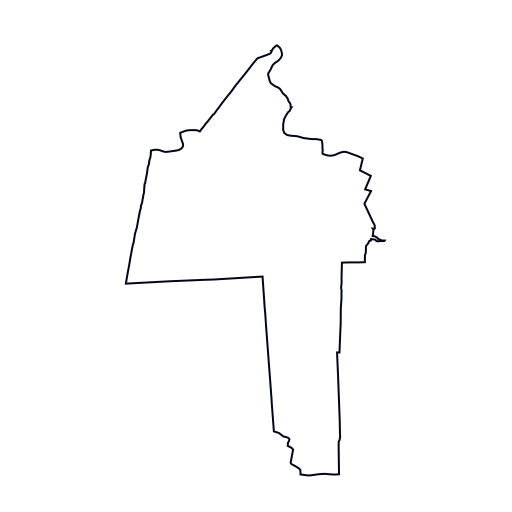 Gostinari, Giurgiu, Romania (Equal Earth projection), rotated 7°
{"feature_id": "2599482B31604747226035", "entity_name": "Gostinari", "entity_type": "district", "adm_level": 2, "iso_a3": "ROU", "parent_name": "Romania", "parent_adm1": "Giurgiu", "projection": "equal_earth", "projection_center": [26.227, 44.159], "detail": "fine", "context": "isolated", "style": "outline", "palette": "ink", "viewbox_px": 512, "rotation_deg": 7, "n_neighbors": 0, "source": "geoboundaries", "source_scale": "gbopen_adm2", "svg_char_len": 5988}
<svg xmlns="http://www.w3.org/2000/svg" viewBox="0 0 512 512"><g transform="rotate(7 256 256)"><path d="M361.3,428.8L361.6,425.6L360.8,420.8L359.2,409.4L351.9,364.0L348.2,341.9L350.6,341.6L348.9,320.8L348.3,313.0L346.5,297.2L346.1,288.6L345.1,279.8L344.3,277.0L344.3,274.5L344.2,271.5L343.6,267.7L342.1,252.1L349.8,250.9L358.9,249.8L364.8,248.9L364.0,241.8L364.1,241.5L364.4,240.7L364.5,239.3L364.4,236.9L364.0,233.5L364.0,233.0L364.1,232.4L364.7,231.6L365.5,230.3L365.9,229.5L366.0,229.1L366.3,227.9L366.7,227.3L367.0,227.1L367.3,226.9L368.0,226.8L368.2,225.1L372.2,225.3L372.7,225.4L373.0,225.7L373.2,226.0L373.4,226.2L374.3,226.6L374.6,226.6L375.0,226.6L375.4,226.5L377.0,226.2L377.5,226.0L378.0,225.8L379.9,225.8L380.4,225.6L381.6,225.4L381.8,225.0L380.9,225.1L380.1,225.2L379.3,225.2L379.1,225.3L377.2,224.7L376.5,224.5L375.8,224.4L375.4,224.2L374.9,223.9L374.4,223.3L373.9,223.0L372.5,222.4L372.1,222.2L371.5,222.0L370.7,222.0L369.4,222.0L369.5,219.5L369.4,216.4L369.4,215.7L368.5,214.6L370.0,214.6L370.5,214.3L370.6,214.0L370.4,213.2L370.2,211.9L370.0,211.0L369.6,210.3L369.0,209.5L367.8,207.9L357.2,190.9L362.3,177.5L356.2,176.6L360.2,162.5L348.7,158.3L350.1,146.2L346.2,144.9L344.9,144.5L334.6,142.1L333.4,141.9L332.5,141.8L331.6,141.8L330.8,141.9L329.6,142.1L328.5,142.5L326.5,143.4L325.1,144.2L322.7,145.7L321.4,146.3L320.1,146.8L318.2,147.3L316.3,147.5L315.5,147.5L314.1,147.4L312.7,147.1L312.1,147.0L311.0,146.8L310.2,146.7L309.9,146.5L309.8,146.4L309.6,146.2L309.5,145.9L309.4,145.3L309.3,144.6L309.3,143.0L309.2,142.1L308.9,141.4L308.8,140.5L308.6,139.2L308.4,137.7L307.9,135.4L307.3,133.6L307.1,133.3L306.5,132.9L306.3,132.8L306.0,132.9L302.0,132.6L299.8,132.8L299.0,133.0L298.1,133.1L293.2,133.2L291.3,133.1L289.9,133.2L289.4,133.1L287.1,132.9L286.0,132.6L283.6,132.3L281.7,132.1L275.3,132.4L273.7,132.2L272.4,132.2L272.1,132.1L271.7,131.9L271.0,131.5L269.1,130.5L268.8,129.8L268.5,129.3L268.3,128.8L267.9,128.2L267.4,126.8L267.4,126.4L267.4,125.9L267.4,125.4L267.3,125.1L266.9,121.5L266.9,121.0L267.2,119.5L267.2,118.8L267.1,118.1L267.1,117.7L267.2,117.2L267.6,115.6L268.5,113.2L268.9,112.3L269.2,111.7L269.6,110.9L270.2,109.7L270.3,109.4L270.6,109.0L271.5,108.2L271.8,107.7L272.3,106.2L272.4,105.9L272.4,105.4L272.9,104.5L272.6,104.6L272.4,104.6L272.3,104.0L272.0,102.5L271.8,101.5L271.5,100.8L271.2,100.2L270.2,99.3L269.3,98.2L269.0,97.6L268.5,96.5L268.2,95.8L266.9,94.4L266.2,93.5L264.7,92.5L263.2,91.6L261.8,90.0L260.4,88.3L259.5,87.3L258.4,86.6L257.6,86.2L256.3,85.7L255.6,85.6L254.9,85.4L254.3,85.1L253.3,84.7L249.9,82.8L249.4,82.3L248.7,81.3L248.4,80.7L247.0,77.4L246.8,76.7L246.3,75.6L246.1,75.1L246.0,74.5L245.9,73.8L245.9,73.3L246.0,73.0L246.1,72.7L246.7,71.6L246.9,71.0L247.9,68.8L248.3,67.5L248.7,66.2L249.2,64.8L249.4,64.4L250.2,63.3L250.6,62.9L250.9,62.5L252.1,61.3L253.4,60.3L254.2,59.5L254.7,58.9L255.4,57.9L255.9,57.3L256.4,56.4L256.7,55.7L256.9,55.1L257.2,54.1L257.3,53.0L257.2,52.5L256.7,50.8L256.0,49.0L255.2,47.7L255.1,47.3L254.9,47.1L254.5,46.7L254.0,46.2L253.1,45.6L252.4,45.2L252.1,44.8L251.9,44.6L251.6,44.5L251.3,44.5L250.8,44.5L250.5,44.7L249.6,45.7L248.6,46.8L247.9,47.6L247.2,48.8L247.0,49.5L246.7,50.4L246.6,50.7L246.5,50.8L246.1,50.8L246.3,51.1L246.4,51.4L246.4,51.7L246.3,52.0L246.0,52.6L245.0,53.6L244.6,53.8L243.5,54.4L242.2,55.2L240.5,56.0L236.2,58.2L233.9,59.3L233.4,59.7L233.2,59.9L232.7,60.5L231.7,62.1L229.7,65.2L228.8,66.7L227.0,69.7L226.8,70.1L224.4,74.1L223.3,75.9L220.9,79.8L220.3,80.8L219.3,82.4L218.8,83.1L218.4,83.7L217.0,86.1L216.1,87.5L216.2,87.3L215.4,88.5L214.5,90.2L213.6,91.7L212.8,93.1L212.6,93.7L212.2,94.3L210.9,96.5L209.5,98.8L208.4,100.4L207.0,102.9L206.0,104.4L204.7,106.7L203.2,109.1L203.0,109.7L202.1,111.2L201.0,113.3L199.8,115.2L197.1,120.1L196.9,120.4L196.4,120.8L196.1,120.9L195.9,121.1L195.6,121.6L195.5,122.0L195.4,122.2L195.0,122.8L194.8,123.1L194.6,123.4L192.6,126.8L192.4,127.1L192.1,127.7L190.8,129.5L190.5,130.0L190.2,130.4L190.1,130.7L189.4,131.7L188.9,133.0L188.2,133.9L187.8,134.7L186.4,136.8L185.1,139.2L183.8,138.8L181.9,138.4L180.3,138.5L174.6,139.2L171.3,140.1L165.8,142.9L166.5,146.3L166.9,147.7L169.8,153.5L170.1,154.6L170.1,156.0L169.6,157.3L169.2,158.0L167.5,159.5L166.0,160.4L163.6,161.2L158.7,162.5L155.7,163.3L153.7,163.7L152.7,163.7L150.5,163.4L148.0,162.8L146.7,162.6L145.4,162.6L143.7,162.7L141.6,163.2L138.9,164.1L138.9,164.4L139.0,164.9L139.0,165.6L139.1,167.4L139.2,168.2L139.1,171.4L139.0,172.0L138.7,172.7L138.6,173.4L138.5,174.5L138.4,176.1L138.5,176.3L138.4,176.5L138.4,177.2L138.5,177.7L138.5,178.1L138.5,178.3L138.1,179.3L138.0,180.0L137.7,181.8L137.7,183.3L137.7,183.8L137.8,184.2L137.8,184.8L137.7,186.3L137.7,187.4L137.5,190.1L137.2,194.8L137.1,196.1L137.2,196.8L137.1,197.3L136.7,197.7L136.7,199.6L136.7,200.6L136.7,201.3L136.7,201.5L136.9,202.1L136.9,202.5L136.8,203.6L136.9,204.0L137.0,204.7L137.1,206.1L137.1,206.6L136.9,208.4L136.7,210.5L136.8,212.0L136.7,212.3L136.6,212.9L136.5,213.5L136.5,215.2L136.5,216.1L136.0,219.1L135.7,219.9L135.6,220.4L135.7,221.0L135.8,221.9L135.8,222.8L135.4,224.6L135.3,225.8L134.6,236.0L134.3,242.0L133.4,247.3L133.2,248.6L133.0,253.6L132.9,257.9L132.5,259.2L132.4,259.7L132.1,264.0L131.8,269.2L131.6,271.9L131.2,280.7L130.6,290.5L130.2,299.3L152.6,295.3L174.0,291.5L197.6,287.6L207.2,286.0L213.1,285.1L216.9,284.5L246.1,279.1L265.0,275.6L271.1,307.2L271.9,310.6L273.9,321.0L274.3,323.2L276.6,334.6L279.0,346.8L279.3,348.2L280.3,353.2L282.0,361.8L284.8,375.7L288.5,394.4L289.1,397.3L289.3,398.8L293.4,419.3L295.1,427.9L300.4,428.9L305.0,431.7L309.3,432.3L310.6,432.8L311.5,433.9L311.3,435.6L310.5,437.5L310.6,440.6L314.4,441.9L316.4,443.5L315.6,456.7L315.8,457.3L316.2,457.8L316.6,458.2L317.1,458.5L319.5,459.3L324.4,461.5L325.6,462.5L326.0,463.0L326.2,463.7L326.9,467.5L329.8,467.4L332.4,467.5L335.1,467.4L336.8,467.1L345.4,464.8L346.6,464.6L349.3,464.1L351.0,463.8L352.2,463.8L355.2,463.7L358.5,463.5L361.1,463.3L365.0,462.5L362.4,443.6L361.1,433.8L360.7,430.1L361.3,428.8Z" fill="none" stroke="#020617" stroke-width="2"/></g></svg>